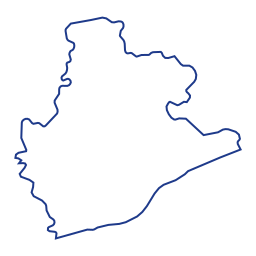 SVG path tracing the border of Barcelona
{"feature_id": "ESP-5809", "entity_name": "Barcelona", "entity_type": "Autonomous Community", "adm_level": 1, "iso_a3": "ESP", "parent_name": "Spain", "parent_adm1": "", "projection": "robinson", "projection_center": [1.935, 41.755], "detail": "fine", "context": "isolated", "style": "outline", "palette": "blue", "viewbox_px": 256, "rotation_deg": 0, "n_neighbors": 0, "source": "natural_earth", "source_scale": "10m", "svg_char_len": 2322}
<svg xmlns="http://www.w3.org/2000/svg" viewBox="0 0 256 256"><path d="M240.6,149.5L220.4,157.4L188.1,171.1L184.8,174.3L175.6,180.2L163.6,184.8L159.0,188.1L154.6,193.5L146.9,206.1L142.3,212.0L137.1,216.5L125.8,222.2L119.3,223.9L108.4,224.9L97.6,227.5L94.3,229.4L92.8,229.8L87.3,229.6L55.9,238.4L56.5,233.3L55.9,232.3L54.8,231.8L49.5,231.2L47.9,230.1L48.0,228.0L48.7,227.2L52.9,225.3L54.0,224.1L54.5,222.6L54.3,220.8L53.4,219.5L49.8,217.0L46.6,210.5L46.2,205.8L45.6,204.2L42.0,200.5L33.7,196.2L31.6,192.4L33.1,187.0L33.4,182.6L29.5,179.9L20.9,176.7L19.7,173.9L24.6,167.8L26.0,165.0L25.1,163.5L23.1,163.1L19.0,163.3L21.3,160.3L18.4,158.4L15.4,157.9L16.0,154.6L18.5,152.8L26.1,151.2L26.3,149.9L21.3,138.0L21.8,122.7L22.2,121.3L23.6,119.8L25.4,118.9L27.4,118.8L29.2,119.5L32.1,123.1L33.4,123.8L37.9,122.9L39.3,123.2L43.2,126.3L44.7,126.3L45.8,125.5L57.1,113.5L57.6,111.7L57.5,109.7L54.6,102.7L54.7,100.5L59.1,93.9L59.2,89.0L59.6,87.6L60.8,86.3L62.2,85.8L67.3,85.9L69.0,85.2L70.2,83.9L70.8,82.4L70.5,80.8L69.4,79.4L68.3,78.9L67.2,78.9L63.3,80.5L62.5,80.2L61.8,79.3L61.5,77.7L62.0,76.4L65.5,73.5L66.5,71.8L67.0,69.9L67.2,67.9L66.6,64.5L66.7,63.4L67.3,62.6L69.4,61.9L70.3,61.2L70.8,59.5L69.3,54.4L69.4,53.6L69.6,52.8L70.3,51.4L70.8,50.9L72.7,49.9L73.6,48.7L74.2,47.0L74.3,45.3L74.0,43.7L73.4,42.9L68.4,40.6L67.5,39.7L66.8,38.4L65.6,31.2L65.6,29.8L66.1,28.7L70.8,23.6L91.0,20.0L102.4,17.6L106.3,18.4L111.8,22.2L114.1,22.4L118.6,21.3L120.9,21.5L121.9,21.9L122.6,22.5L123.1,23.4L123.5,24.6L123.5,26.6L123.0,28.1L120.8,30.8L119.9,35.5L120.1,36.2L123.4,40.0L124.2,41.5L124.7,43.7L125.0,50.1L125.5,51.9L126.6,53.1L127.8,53.4L130.6,52.9L131.7,53.1L135.9,56.3L136.7,56.6L141.5,55.0L148.7,54.9L149.4,54.6L151.2,52.9L153.0,52.2L160.8,51.9L161.8,52.9L163.0,55.8L165.2,57.9L168.3,58.0L174.5,56.2L180.8,64.1L183.1,65.7L189.4,65.7L192.5,67.5L195.0,70.9L196.3,74.9L195.8,79.0L194.2,81.8L186.3,89.9L186.3,91.1L187.0,92.2L188.3,93.3L190.0,95.5L189.9,97.6L186.8,102.1L183.9,101.8L179.0,104.8L177.3,105.2L170.0,101.8L169.1,102.2L168.0,103.7L166.5,106.5L166.9,110.2L168.8,114.2L171.4,117.7L174.1,119.5L175.4,119.6L179.2,118.4L185.9,118.7L203.6,135.1L218.0,132.3L222.9,129.6L225.5,129.1L228.3,129.3L235.7,131.8L238.9,134.6L239.9,138.8L239.5,139.7L238.0,141.3L237.6,142.2L237.8,144.0L240.6,149.5Z" fill="none" stroke="#1e3a8a" stroke-width="2"/></svg>